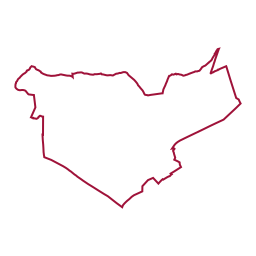 Ziltlaltépec de Trinidad Sánchez Santos, Tlaxcala, Mexico
{"feature_id": "50627088B10378773175156", "entity_name": "Ziltlaltépec de Trinidad Sánchez Santos", "entity_type": "district", "adm_level": 2, "iso_a3": "MEX", "parent_name": "Mexico", "parent_adm1": "Tlaxcala", "projection": "robinson", "projection_center": [-97.922, 19.209], "detail": "fine", "context": "isolated", "style": "outline", "palette": "rose", "viewbox_px": 256, "rotation_deg": 0, "n_neighbors": 0, "source": "geoboundaries", "source_scale": "gbopen_adm2", "svg_char_len": 5384}
<svg xmlns="http://www.w3.org/2000/svg" viewBox="0 0 256 256"><path d="M218.9,48.8L218.1,49.0L217.8,49.1L217.4,49.4L217.3,49.6L217.2,49.9L217.2,50.0L216.6,50.6L216.1,51.5L215.2,53.2L214.9,53.6L214.7,53.7L214.7,53.9L214.7,54.0L214.8,54.1L214.9,54.3L214.8,54.5L213.0,57.3L212.3,58.5L211.9,59.5L211.7,59.8L211.3,60.3L211.1,60.4L210.4,61.2L210.2,61.3L209.9,61.6L209.3,61.9L209.2,62.1L208.8,62.6L208.6,62.8L208.4,62.9L208.0,63.1L207.5,63.7L207.1,64.0L206.6,64.4L205.9,65.1L205.2,65.6L204.8,65.8L204.3,66.0L204.2,66.0L203.9,66.2L203.4,66.4L203.1,66.6L202.8,66.8L202.3,67.2L202.2,67.2L202.0,67.3L202.0,67.5L201.9,67.6L201.7,67.8L201.5,68.0L201.2,68.6L200.9,68.9L200.7,69.3L200.5,69.5L200.4,69.6L200.1,69.9L199.8,70.4L199.7,70.5L199.3,70.8L198.5,71.0L198.2,71.0L197.5,71.3L197.3,71.4L196.7,71.4L195.2,71.4L195.0,71.5L194.8,71.7L194.3,71.9L193.9,72.1L193.2,72.3L192.3,72.6L191.6,72.9L190.9,73.1L189.8,73.6L189.4,73.6L189.0,73.9L188.5,74.1L188.2,74.2L187.5,74.5L186.4,74.9L185.9,74.9L185.7,75.0L185.1,75.3L184.7,75.4L184.3,75.5L183.8,75.6L183.6,75.7L183.4,75.7L183.1,75.6L182.8,75.5L182.6,75.3L182.2,75.1L181.6,74.9L181.2,74.7L180.8,74.6L180.2,74.6L179.4,74.4L179.2,74.4L178.6,74.1L177.9,74.0L177.7,74.0L177.0,74.3L176.6,74.4L176.4,74.4L176.2,74.3L176.2,74.2L176.0,73.8L175.9,73.7L175.7,73.7L175.2,74.0L174.8,74.1L174.6,74.1L174.0,74.5L173.7,74.6L172.9,74.6L172.5,74.4L172.0,74.3L171.9,74.3L171.7,74.4L171.6,74.5L171.4,74.8L171.2,75.0L169.6,75.9L169.3,76.2L169.0,76.5L168.9,76.4L168.7,76.8L168.0,78.6L167.6,79.4L167.1,81.0L166.8,81.7L165.7,84.2L165.3,85.4L164.7,86.6L163.5,89.2L163.4,89.4L162.6,93.3L162.2,93.3L161.5,93.4L154.3,94.4L150.6,94.9L148.0,95.4L147.8,95.2L147.0,95.1L145.1,94.8L144.4,94.0L143.3,91.7L142.6,90.5L139.9,87.4L139.7,87.0L138.1,85.3L137.3,83.6L135.8,81.7L134.2,79.9L128.6,75.2L127.0,72.9L125.2,72.1L124.1,72.1L123.7,72.1L123.1,72.2L121.6,72.7L120.7,73.0L120.4,73.0L119.7,72.9L119.1,73.1L117.9,73.5L116.7,73.7L116.2,73.7L114.7,74.5L113.2,75.3L112.9,75.5L110.3,75.1L109.3,75.2L108.2,75.3L107.4,75.3L107.0,75.3L106.2,75.2L103.4,74.5L101.7,74.3L101.6,74.1L101.4,73.8L101.0,73.5L100.8,73.6L100.5,73.6L100.4,73.6L100.1,73.8L97.7,74.1L96.9,74.2L96.0,74.2L95.0,74.2L94.5,74.2L94.3,74.2L94.1,74.4L93.8,74.6L93.4,74.7L92.3,74.7L91.8,74.6L89.9,74.4L89.6,74.3L88.6,74.0L88.0,73.8L87.5,73.7L86.1,73.5L84.6,73.6L84.1,73.5L83.4,73.2L82.4,72.7L81.9,72.5L81.2,72.4L80.8,72.4L78.5,72.6L78.1,72.6L77.6,72.6L75.2,73.4L74.1,73.7L73.5,73.8L73.0,73.8L72.4,73.7L72.7,77.0L72.4,76.7L72.1,76.6L70.8,76.0L70.4,75.9L69.5,75.7L67.6,75.7L67.3,75.6L66.3,75.5L61.0,74.4L59.7,74.6L58.8,75.0L58.2,75.1L57.2,75.2L56.7,75.3L56.1,75.5L55.3,75.6L54.8,75.7L51.3,75.9L50.5,75.8L49.5,75.6L48.7,75.5L47.1,75.3L45.3,74.6L44.6,74.4L44.1,74.2L43.2,73.8L42.1,73.2L41.6,72.8L40.9,72.4L40.7,71.6L40.0,71.2L39.4,70.9L39.1,70.6L38.7,70.3L38.2,70.1L37.7,70.0L36.1,69.2L35.3,68.1L35.0,67.3L34.9,67.2L34.2,66.9L33.6,66.7L32.9,66.5L32.5,66.4L32.0,66.4L31.6,66.2L31.1,66.7L30.9,66.9L30.4,67.4L30.2,67.6L30.1,68.0L30.0,68.3L29.9,68.6L29.6,69.0L29.1,69.4L28.9,69.7L28.8,69.9L28.5,70.1L28.2,70.1L27.3,70.3L27.0,70.5L26.7,70.9L26.7,71.3L26.7,71.5L25.3,72.8L24.8,73.2L24.2,73.5L23.9,73.7L23.6,73.9L22.7,74.5L21.6,75.6L21.4,75.8L21.1,76.1L20.7,76.4L20.5,76.7L19.8,77.6L19.4,78.0L18.5,78.7L18.3,78.9L17.9,79.4L17.0,81.2L16.5,81.7L16.4,81.8L16.1,82.2L16.0,82.6L16.0,83.1L15.9,83.5L15.6,83.9L15.5,84.5L15.4,86.0L15.4,87.2L15.7,87.8L16.2,88.4L16.7,88.9L18.0,89.8L19.1,90.1L19.7,90.2L20.3,90.2L21.0,90.1L21.9,90.0L22.9,90.0L23.6,90.1L24.8,90.4L25.3,90.7L26.0,91.3L26.4,91.9L27.4,93.1L27.9,93.7L28.2,94.1L28.7,94.4L32.6,94.9L33.9,95.0L35.4,107.4L31.1,117.1L31.3,117.1L31.4,117.3L31.8,117.7L32.1,117.8L32.9,117.9L33.3,117.9L33.4,118.4L33.8,118.4L34.3,118.4L35.2,118.5L35.9,118.7L36.5,118.8L37.5,118.3L38.2,117.7L38.5,117.4L38.5,117.1L38.6,116.8L39.0,116.6L39.4,116.3L39.6,116.0L39.9,115.8L40.3,115.8L40.8,115.9L41.2,116.2L41.9,116.5L42.6,116.5L43.1,116.6L43.0,134.8L42.5,134.7L42.8,140.1L43.2,144.7L43.4,148.1L43.6,152.4L43.7,152.9L43.9,154.8L44.3,157.2L51.2,159.9L63.1,166.2L65.9,167.9L67.9,169.3L69.5,170.6L70.9,171.5L74.4,174.4L76.2,175.6L77.3,176.6L81.5,179.5L83.0,180.6L88.2,184.1L91.8,186.3L97.8,190.1L104.2,194.1L107.8,196.2L116.6,203.1L122.2,207.2L122.9,205.3L124.3,203.6L126.0,201.9L127.3,200.7L129.4,199.0L131.7,196.8L134.0,195.2L142.3,191.4L142.4,186.2L148.0,180.1L153.1,177.9L158.4,183.6L159.5,182.3L161.6,180.1L162.7,179.2L163.2,179.6L165.7,178.1L167.2,177.2L168.6,176.5L169.1,176.3L169.7,176.2L170.4,175.5L171.0,174.7L171.5,174.4L171.2,174.2L170.9,174.0L170.6,173.6L174.1,171.5L181.0,167.1L179.9,164.8L179.7,163.7L179.6,162.4L177.7,161.3L174.3,159.7L175.2,157.7L173.9,153.4L173.9,152.9L173.6,152.2L173.3,151.4L173.1,150.9L173.2,150.3L173.3,150.0L173.6,149.8L174.1,149.6L174.5,148.8L173.9,148.3L173.5,148.2L172.9,148.2L172.2,148.4L173.1,147.0L174.6,144.8L175.8,143.5L177.5,142.1L179.9,140.6L185.6,137.8L203.3,129.3L209.6,126.2L215.9,123.2L221.7,120.5L223.6,119.6L235.7,108.3L240.6,103.5L239.5,101.4L238.7,99.5L236.2,98.0L230.7,80.8L226.3,66.4L226.2,66.2L220.6,68.6L219.3,69.2L218.9,69.5L218.1,69.6L218.0,70.0L217.9,70.1L217.7,70.1L216.5,70.6L215.8,70.9L215.4,71.1L215.0,71.1L213.7,72.0L213.4,72.0L212.8,72.5L212.4,72.5L212.0,72.7L211.6,73.0L211.3,73.1L210.9,73.4L210.7,73.3L210.7,72.9L211.8,69.7L212.2,68.6L213.1,66.2L214.0,63.1L214.6,61.5L215.2,59.4L218.8,49.0L218.9,48.8Z" fill="none" stroke="#9f1239" stroke-width="2"/></svg>